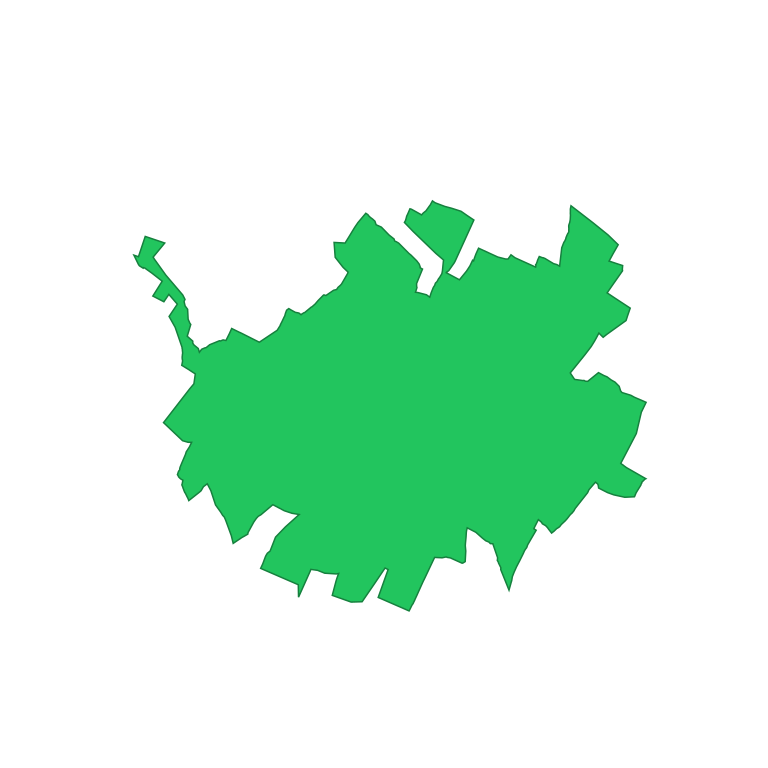 outline of Sotuta, Yucatán, Mexico, rotated 19°
{"feature_id": "50627088B40990940579560", "entity_name": "Sotuta", "entity_type": "district", "adm_level": 2, "iso_a3": "MEX", "parent_name": "Mexico", "parent_adm1": "Yucatán", "projection": "natural_earth1", "projection_center": [-88.999, 20.615], "detail": "fine", "context": "isolated", "style": "filled", "palette": "green", "viewbox_px": 768, "rotation_deg": 19, "n_neighbors": 0, "source": "geoboundaries", "source_scale": "gbopen_adm2", "svg_char_len": 6158}
<svg xmlns="http://www.w3.org/2000/svg" viewBox="0 0 768 768"><g transform="rotate(19 384 384)"><path d="M571.1,194.3L565.4,194.4L556.8,194.5L558.2,186.1L560.1,176.1L547.3,170.1L529.1,163.5L502.8,154.6L503.2,157.7L503.5,158.7L503.9,159.7L504.6,161.9L504.8,162.5L505.2,163.3L505.4,163.9L505.6,164.6L506.5,167.7L506.7,168.8L506.8,169.4L507.0,170.7L507.0,171.7L507.0,172.5L507.0,173.2L507.2,174.5L508.0,176.5L508.3,177.1L508.6,178.4L509.1,179.6L509.1,181.0L508.8,181.8L508.6,183.5L508.5,185.2L508.4,186.0L508.6,187.7L508.5,188.5L508.4,189.8L508.1,190.8L507.9,192.1L507.8,195.0L507.7,197.3L508.7,201.8L511.7,215.4L508.5,214.8L505.2,215.0L497.2,213.3L495.5,212.9L493.5,212.8L492.5,213.0L489.3,212.9L488.9,217.2L489.0,218.0L488.9,221.2L488.5,221.8L489.1,222.7L489.3,224.1L466.9,222.0L462.0,220.5L460.6,225.4L458.5,226.2L450.3,226.9L429.2,224.8L428.6,231.1L428.5,235.7L428.6,238.4L427.5,238.1L426.8,244.3L425.3,250.3L421.4,260.9L406.6,258.5L406.6,258.1L408.3,255.8L411.0,246.5L411.3,244.6L415.6,199.7L408.0,197.7L400.6,195.6L390.8,195.8L383.7,196.3L373.4,196.0L370.2,195.1L369.4,199.8L369.0,200.9L367.3,206.6L365.3,209.8L364.5,211.9L363.2,211.6L353.0,209.8L351.5,209.9L351.1,215.3L350.8,218.0L351.0,220.1L351.1,222.6L350.7,224.6L361.9,230.3L390.4,243.6L400.0,247.4L400.1,248.3L402.4,258.0L402.8,260.8L401.9,265.1L401.3,266.8L400.8,269.9L399.8,271.9L399.8,274.3L399.2,276.6L398.9,282.3L399.0,287.0L395.1,285.8L386.2,286.5L383.9,287.0L383.8,282.7L383.7,281.9L383.1,281.1L382.1,278.4L383.0,262.8L380.3,262.3L380.1,261.5L378.3,259.2L374.9,256.9L367.5,253.3L365.2,252.5L352.0,246.0L349.5,245.5L347.5,245.3L346.3,243.6L340.3,241.5L330.4,236.5L324.7,236.0L322.4,233.0L319.6,231.8L316.8,230.9L314.7,229.9L313.6,229.1L311.2,228.5L306.8,239.9L305.3,245.4L302.7,257.3L301.3,263.4L290.7,266.4L296.6,280.1L306.8,286.7L307.7,287.2L313.6,289.9L313.6,291.5L311.3,303.3L310.5,305.1L309.1,307.5L308.4,310.1L305.8,311.8L300.3,319.2L299.5,319.3L298.9,319.2L297.9,319.5L294.4,326.8L294.2,327.5L293.9,328.1L292.9,330.7L290.8,334.4L290.1,335.1L285.8,342.2L285.0,342.8L283.5,344.6L283.0,345.5L280.5,344.6L280.0,344.7L279.6,344.7L276.8,345.1L272.2,344.3L269.4,343.7L267.9,345.9L267.8,349.1L268.0,352.1L267.8,353.0L267.3,357.4L267.3,357.8L266.7,361.7L266.9,362.0L265.5,368.0L252.5,385.1L232.8,382.4L231.0,382.2L230.8,382.2L230.6,382.2L221.9,381.1L221.4,386.7L220.4,394.3L217.5,394.7L215.3,396.6L214.3,396.7L206.4,403.6L204.0,407.5L202.7,408.3L200.3,410.5L199.1,414.1L196.8,410.9L191.7,409.0L189.9,407.7L189.5,406.4L189.2,405.7L182.4,402.9L181.9,390.6L180.7,389.8L177.7,386.5L174.0,377.3L170.5,374.9L168.1,371.1L168.3,368.8L164.7,365.3L142.3,352.1L126.1,340.6L124.4,339.2L130.8,322.1L125.9,322.1L110.2,322.2L110.4,343.6L105.6,343.6L113.0,351.0L114.3,351.9L118.6,352.9L118.7,352.3L119.9,352.2L128.3,354.7L140.8,359.0L136.8,376.1L149.1,377.9L151.4,369.3L162.6,375.8L158.8,390.1L168.1,398.4L181.2,415.2L181.4,415.9L181.9,416.6L182.6,418.3L182.8,418.7L183.5,420.2L183.7,421.1L183.8,421.8L184.0,422.6L184.2,423.3L184.3,424.0L184.7,425.1L185.2,426.3L185.7,426.9L186.2,428.5L186.7,432.2L194.0,433.8L202.3,435.9L204.2,445.7L201.9,451.7L188.1,492.3L212.0,503.2L217.7,502.9L221.1,501.8L220.5,506.8L219.1,512.5L219.2,515.3L218.5,525.1L218.3,528.6L218.3,529.5L218.4,530.5L218.8,531.5L218.3,532.9L218.1,534.4L218.2,535.2L218.2,537.0L218.9,537.5L219.4,537.9L219.9,538.6L221.4,539.4L222.8,540.0L224.2,540.3L224.9,540.2L225.2,540.5L225.7,544.4L225.7,545.2L227.4,547.1L228.0,548.0L229.0,549.1L229.8,550.2L230.3,550.6L230.7,551.2L231.9,552.1L232.5,552.7L233.2,553.4L234.2,554.4L234.7,554.9L235.9,556.0L237.4,557.8L244.5,546.7L245.8,544.5L246.7,539.9L249.4,535.9L255.0,541.2L264.1,553.2L271.3,558.3L274.2,560.7L276.3,561.8L277.8,563.4L279.5,565.4L289.0,577.1L293.3,583.8L299.7,575.3L300.9,574.0L301.0,573.9L304.1,570.3L303.8,568.8L305.8,557.0L306.5,554.5L307.1,552.5L308.2,550.0L310.2,547.7L318.2,534.3L331.0,536.3L339.1,536.2L346.3,535.0L337.3,551.2L331.3,564.1L330.7,579.0L328.8,582.0L328.3,584.3L328.1,585.8L327.9,593.5L327.4,598.5L368.3,601.7L372.6,613.4L375.1,585.5L375.2,583.1L381.9,581.8L389.5,582.2L400.8,579.1L402.8,577.9L402.7,582.7L402.8,585.8L403.9,600.7L423.9,600.9L434.2,597.0L440.3,574.9L444.9,557.7L446.0,557.8L448.3,558.1L448.0,587.7L481.6,590.4L481.8,589.1L482.3,585.2L482.4,584.2L482.7,583.2L483.0,582.1L483.2,579.9L483.4,578.9L483.4,577.8L483.5,577.0L483.6,576.0L483.9,573.2L484.1,570.9L484.2,569.7L484.6,565.5L484.9,562.1L485.3,557.9L485.6,555.6L485.8,554.0L486.0,552.2L488.3,531.5L495.6,529.4L499.2,527.2L500.1,527.4L503.4,526.8L505.1,527.0L516.0,528.0L516.8,527.7L518.6,525.5L515.7,515.3L513.5,510.4L512.9,508.2L511.8,503.6L511.4,502.0L510.2,497.7L509.8,495.9L509.6,493.7L509.5,492.9L519.1,494.3L527.0,497.6L531.2,499.1L534.7,499.3L536.5,500.3L538.9,499.6L548.0,511.3L548.6,514.0L550.1,515.1L550.3,515.7L554.3,519.7L554.8,521.5L556.3,523.2L569.3,538.2L569.0,533.0L568.8,529.8L568.8,528.5L568.1,524.4L568.3,519.3L568.6,516.4L568.8,513.9L569.5,509.2L569.8,507.3L570.9,498.9L571.1,496.2L571.3,495.2L571.6,494.0L571.9,493.1L572.2,492.2L572.2,490.0L572.2,489.3L573.7,481.7L575.5,472.7L572.8,472.1L573.1,469.4L574.1,462.0L577.4,463.2L577.8,463.5L578.6,464.0L579.2,464.6L582.9,465.3L585.4,466.6L586.9,467.7L591.0,470.4L592.7,467.8L594.4,464.4L594.9,463.9L595.5,463.2L595.8,462.7L596.4,462.0L596.5,461.8L597.4,459.1L599.9,454.4L601.0,451.8L602.5,447.4L603.7,444.9L603.8,444.9L604.8,442.2L605.3,439.4L611.9,420.5L612.2,417.2L615.9,408.0L617.9,408.7L618.9,409.2L619.7,410.4L619.9,410.8L620.8,412.5L630.7,413.9L637.5,414.0L648.5,412.7L657.5,409.1L657.6,408.6L657.6,408.1L657.8,404.9L658.5,401.6L659.8,396.0L659.7,395.0L659.9,394.1L660.0,393.6L659.7,393.1L661.7,389.0L662.4,388.3L640.4,384.1L633.7,382.0L638.7,348.7L636.5,326.9L637.8,316.0L625.1,315.0L621.1,314.3L611.8,314.6L610.0,313.5L607.1,309.6L601.8,307.0L597.5,306.2L592.5,304.6L589.1,304.4L583.1,303.4L575.8,315.1L573.6,315.8L571.9,315.5L570.9,316.0L562.7,317.6L556.5,312.9L564.4,291.1L567.7,281.2L569.1,275.0L569.8,271.1L570.6,265.9L576.0,268.5L578.6,264.4L592.2,245.2L592.1,240.3L592.1,232.1L585.4,230.4L574.0,227.5L565.3,225.2L567.6,217.0L572.7,199.3L572.0,197.9L571.1,194.3Z" fill="#22c55e" stroke="#15803d" stroke-width="1.5"/></g></svg>